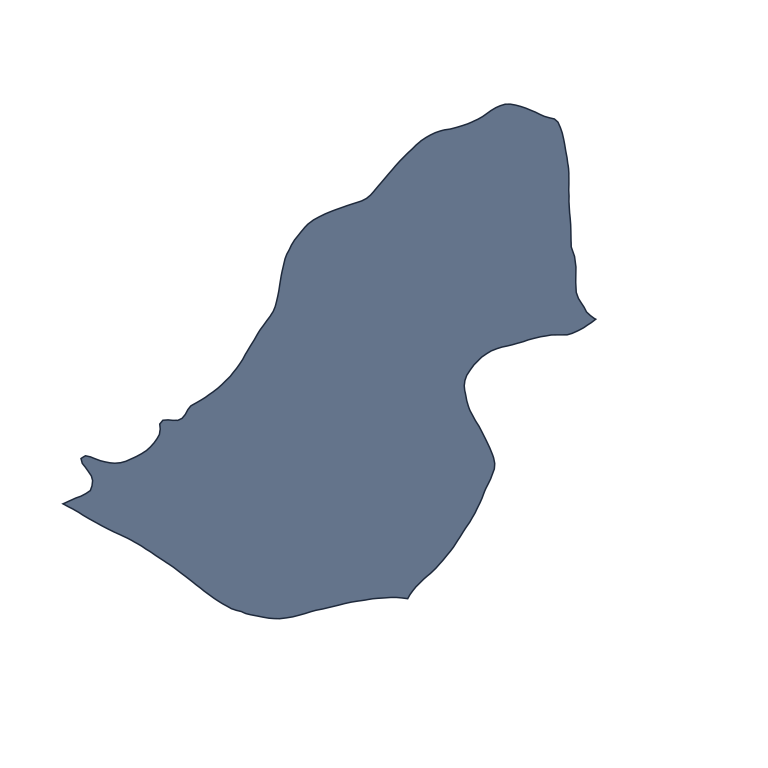 Tarim, Hadramawt, Yemen, rotated 224°
{"feature_id": "15242507B10935646704236", "entity_name": "Tarim", "entity_type": "district", "adm_level": 2, "iso_a3": "YEM", "parent_name": "Yemen", "parent_adm1": "Hadramawt", "projection": "orthographic", "projection_center": [49.084, 16.078], "detail": "fine", "context": "isolated", "style": "filled", "palette": "slate", "viewbox_px": 768, "rotation_deg": 224, "n_neighbors": 0, "source": "geoboundaries", "source_scale": "gbopen_adm2", "svg_char_len": 5564}
<svg xmlns="http://www.w3.org/2000/svg" viewBox="0 0 768 768"><g transform="rotate(224 384 384)"><path d="M526.3,584.7L526.4,583.0L526.9,578.6L527.0,572.4L527.3,567.7L527.4,564.5L527.4,562.9L527.5,555.7L527.3,549.2L526.9,543.6L526.8,541.3L526.6,537.6L526.2,531.6L525.8,525.4L525.7,523.2L525.5,520.5L525.3,517.3L525.1,515.5L524.9,510.4L525.2,508.0L525.5,505.3L527.0,500.9L527.1,500.5L527.4,499.9L529.3,496.3L530.1,494.8L532.1,491.1L534.9,485.8L535.4,484.7L537.7,480.1L539.2,477.1L539.9,475.7L541.5,472.3L542.5,470.1L544.5,465.5L546.7,459.4L547.7,456.2L548.7,453.0L549.8,446.1L549.8,441.2L549.7,440.8L549.4,436.1L548.9,431.1L548.4,425.5L547.1,419.6L545.5,415.0L544.1,409.8L542.2,405.4L539.6,401.0L536.6,396.0L535.9,394.8L533.3,390.7L530.4,386.5L527.4,382.2L526.6,381.1L524.4,378.0L521.5,373.5L518.8,369.0L516.9,365.7L515.9,363.8L515.6,363.0L514.1,359.2L513.3,355.1L513.0,354.0L512.3,348.2L511.4,342.1L511.1,339.6L510.8,337.3L510.2,334.3L509.5,331.3L508.0,325.6L506.8,319.8L506.2,317.1L505.7,315.0L504.7,310.8L504.5,309.6L502.7,303.4L501.7,298.0L500.9,292.8L500.5,288.0L500.3,285.9L499.9,282.9L500.1,276.6L500.2,271.4L500.2,271.1L500.6,265.5L501.3,260.9L501.4,260.0L501.8,258.0L502.4,255.1L502.6,253.9L503.2,250.3L504.5,245.2L504.9,243.8L505.9,240.3L507.7,234.4L507.7,233.3L507.3,229.4L507.0,228.3L505.8,224.1L505.4,219.1L506.2,216.9L507.1,214.5L507.9,213.9L510.6,211.2L514.4,208.2L517.9,204.3L517.7,202.1L517.5,199.4L513.6,196.1L512.4,194.3L510.5,191.7L509.3,187.1L508.5,181.8L508.5,180.9L508.3,176.3L508.7,170.8L509.4,168.0L509.9,165.7L511.2,161.6L511.7,160.0L512.8,157.1L513.9,154.4L516.0,149.1L518.8,144.4L522.6,140.0L526.3,137.0L530.6,134.2L534.9,131.7L535.4,131.5L540.0,129.5L542.2,128.6L544.5,127.7L548.9,125.0L549.6,122.5L550.2,119.9L545.9,117.3L542.1,116.8L541.1,116.7L540.2,116.5L535.9,115.7L534.1,115.3L530.7,114.6L526.5,112.1L523.3,107.9L521.9,104.8L521.2,103.3L521.4,102.6L522.3,98.2L523.8,93.6L524.0,92.9L526.5,87.9L528.3,83.3L529.4,80.6L530.4,78.0L531.1,76.2L531.7,74.8L531.3,74.9L525.9,76.4L520.7,78.0L518.6,78.5L514.4,79.6L509.5,80.5L502.5,82.2L495.5,84.1L488.8,85.9L488.4,86.0L481.7,88.0L474.8,90.2L468.5,92.5L466.9,93.0L462.0,94.7L459.7,95.4L456.9,96.2L453.9,96.9L450.7,97.8L445.8,99.0L442.2,99.6L440.8,99.8L438.7,100.3L435.7,101.0L430.6,101.8L429.8,101.9L424.0,103.0L418.9,104.0L416.4,104.4L414.1,104.9L409.0,105.8L407.7,106.0L404.0,106.4L398.6,107.0L393.2,107.7L386.8,108.4L383.8,108.7L380.0,109.0L374.4,109.7L369.3,110.1L363.7,110.9L363.0,111.0L357.2,111.8L352.5,112.7L350.1,113.2L347.4,113.8L345.9,114.2L342.7,115.1L338.9,116.1L337.8,116.3L335.4,117.5L333.0,118.6L331.0,119.8L328.4,121.3L326.5,121.9L323.9,122.9L322.5,123.7L319.6,125.4L313.8,129.2L309.1,132.2L306.9,133.7L304.1,135.6L300.0,139.0L296.0,142.7L291.8,147.9L290.3,149.9L287.9,153.1L284.3,159.0L281.3,164.1L278.4,169.5L275.8,173.9L271.8,179.6L267.6,186.2L263.2,193.1L261.3,196.2L259.8,198.7L258.8,200.2L256.0,204.4L252.3,209.3L251.2,210.7L249.3,213.1L247.0,216.1L246.4,217.0L245.6,218.1L243.0,221.6L239.7,225.4L235.4,230.1L231.0,235.0L229.8,236.2L226.9,239.0L222.7,242.4L218.8,245.3L217.8,246.0L219.0,250.5L219.7,255.5L220.1,260.1L220.2,260.4L220.1,261.3L220.0,266.0L219.9,271.2L219.5,275.9L219.0,280.1L218.9,282.1L218.8,284.9L218.7,287.4L218.9,291.4L219.0,293.4L219.1,297.0L219.2,298.8L219.7,304.3L220.1,309.8L220.7,314.9L221.9,320.8L222.3,322.7L223.0,326.6L224.4,333.0L225.3,337.6L226.3,343.8L226.4,344.4L227.8,349.8L228.1,351.2L229.0,354.8L230.2,358.2L230.8,360.1L231.2,361.3L232.4,365.2L234.2,370.1L235.9,373.9L236.4,375.1L237.1,376.7L238.2,379.7L239.8,385.0L241.4,389.9L243.0,393.5L243.5,394.7L244.0,395.8L245.6,399.5L247.8,402.2L249.2,403.8L253.8,407.0L256.5,408.4L258.5,409.3L263.5,411.5L269.6,413.8L273.4,415.2L274.6,415.6L280.9,417.8L286.3,419.6L291.8,420.9L293.9,421.5L297.9,422.8L303.6,424.6L305.6,425.5L308.0,426.7L312.9,429.5L317.1,432.5L319.1,433.9L321.3,435.3L325.1,438.5L326.7,440.7L328.1,442.5L328.3,442.9L330.5,447.7L330.8,449.3L331.7,454.0L332.6,460.3L332.5,465.6L332.5,468.1L332.4,471.4L331.9,473.7L331.2,477.2L329.8,482.5L329.3,483.5L327.3,487.9L324.8,492.5L323.1,495.0L321.8,496.9L319.0,501.3L315.9,506.7L315.5,507.3L313.0,511.6L311.8,514.1L310.8,516.1L307.9,520.9L304.4,526.4L304.0,527.0L301.1,530.8L298.0,535.1L297.8,535.4L296.6,536.6L294.0,539.2L290.2,542.9L286.4,546.6L283.9,551.0L281.7,556.4L280.8,559.0L279.6,562.7L279.3,563.9L278.6,567.6L277.5,572.2L277.1,574.9L276.7,577.7L277.4,577.5L278.4,577.2L283.2,576.6L288.3,576.5L290.1,577.1L293.3,578.2L298.6,579.4L303.5,580.6L306.2,581.9L308.2,582.9L309.3,583.4L316.7,590.3L327.2,601.5L335.5,608.1L344.6,612.7L345.1,613.2L347.5,615.6L348.6,616.6L352.1,620.1L355.6,623.6L360.4,628.3L364.9,632.3L368.2,635.1L369.1,635.8L370.5,637.1L373.9,640.2L376.8,642.9L377.7,643.7L381.4,647.7L385.7,651.7L388.9,655.2L390.2,656.6L390.9,657.3L393.9,660.4L396.0,662.5L397.3,663.9L399.5,665.9L400.9,667.2L403.3,669.1L404.9,670.2L409.5,673.9L414.9,677.7L420.4,681.8L421.8,682.8L424.8,684.9L430.0,688.3L431.9,689.3L435.5,691.1L436.8,691.6L440.7,693.2L441.5,693.2L445.6,693.0L449.9,690.4L450.3,690.2L454.6,687.9L459.0,686.3L464.1,684.7L466.8,683.6L469.1,682.7L473.2,681.1L473.7,680.9L478.5,678.6L483.0,676.1L487.5,673.1L491.3,669.3L491.6,668.7L493.7,664.9L495.5,660.5L495.8,659.4L497.0,655.0L497.4,652.7L498.0,649.4L498.8,645.1L498.9,644.7L500.4,639.6L502.1,635.3L502.7,633.6L504.6,629.1L505.4,627.6L507.1,624.3L508.5,621.8L509.9,619.3L511.7,616.3L513.6,613.2L516.9,609.0L518.1,607.1L519.4,604.9L521.7,600.4L523.5,595.6L524.8,591.3L525.1,590.2L525.5,588.3L526.3,584.7Z" fill="#64748b" stroke="#1e293b" stroke-width="1.5"/></g></svg>